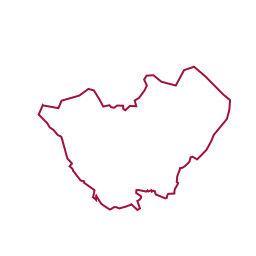 Gharb Bara, North Kordufan, Sudan, rotated 23°
{"feature_id": "16777658B80207598805247", "entity_name": "Gharb Bara", "entity_type": "district", "adm_level": 2, "iso_a3": "SDN", "parent_name": "Sudan", "parent_adm1": "North Kordufan", "projection": "albers", "projection_center": [29.57, 13.951], "detail": "fine", "context": "isolated", "style": "outline", "palette": "rose", "viewbox_px": 256, "rotation_deg": 23, "n_neighbors": 0, "source": "geoboundaries", "source_scale": "gbopen_adm2", "svg_char_len": 2001}
<svg xmlns="http://www.w3.org/2000/svg" viewBox="0 0 256 256"><g transform="rotate(23 128 128)"><path d="M122.9,205.1L122.8,205.3L124.0,205.7L124.5,205.8L125.6,206.2L126.6,206.6L126.5,206.4L125.2,202.8L125.2,202.7L126.5,203.7L133.0,208.3L143.1,210.2L144.2,209.1L146.1,206.3L148.3,205.4L151.5,205.4L154.8,202.7L156.5,201.4L160.3,197.8L160.9,196.9L167.7,199.4L168.6,199.8L170.4,197.4L165.1,191.5L166.7,189.4L167.3,187.1L166.4,185.6L161.0,184.7L160.0,182.0L160.0,181.9L161.9,181.0L169.6,179.4L170.3,177.9L171.5,178.5L173.8,176.2L174.8,177.2L175.6,175.9L177.3,175.7L179.5,178.3L189.8,178.2L191.0,177.1L190.5,174.9L190.5,174.7L190.7,172.9L196.3,170.2L195.6,168.7L195.0,165.7L195.7,160.8L195.6,159.0L194.0,158.7L192.2,153.1L191.9,145.7L191.5,144.7L193.6,143.4L195.2,141.1L196.8,137.6L197.7,135.0L197.1,130.5L198.6,129.2L203.9,129.9L206.0,124.7L208.8,117.4L209.8,107.1L209.6,101.0L215.5,81.1L214.3,72.2L214.1,71.5L211.1,62.5L202.2,59.8L193.0,56.0L178.5,50.1L164.8,45.8L157.0,52.9L155.4,70.2L140.7,72.4L130.8,69.5L124.7,72.5L123.9,77.1L128.7,81.5L128.6,86.6L126.4,96.0L123.4,100.1L127.1,104.7L121.1,107.0L119.7,110.2L118.5,112.8L116.1,112.2L114.8,109.4L109.4,111.5L107.3,114.8L104.4,115.4L102.0,114.3L96.8,117.9L91.4,113.5L81.9,106.7L76.3,107.5L70.5,117.2L56.2,128.8L56.2,136.9L41.0,140.4L40.6,140.2L40.6,140.4L40.6,144.1L40.6,147.2L40.5,150.5L50.0,154.4L50.3,154.5L50.6,154.6L51.6,155.0L55.6,158.0L59.3,158.7L60.0,158.8L64.7,161.2L66.0,161.9L70.0,162.1L72.6,165.2L76.0,169.5L77.1,170.9L77.4,171.2L78.8,173.0L80.0,174.6L81.9,177.0L82.7,177.9L83.4,178.8L84.1,179.7L84.4,179.9L85.1,180.2L85.9,180.6L86.6,180.8L87.2,181.1L87.9,181.5L89.5,182.2L89.6,182.3L90.3,182.7L89.9,183.9L89.6,184.9L89.2,186.0L90.0,186.3L90.9,186.6L91.0,186.7L92.3,187.1L93.1,187.6L93.9,188.3L94.0,188.7L94.5,189.0L97.1,190.4L97.6,190.8L100.7,192.5L102.2,193.3L104.5,194.6L106.0,194.9L107.1,194.3L108.2,194.3L108.3,194.3L108.7,195.5L113.7,196.6L121.4,198.3L122.9,205.0L122.9,205.1Z" fill="none" stroke="#9f1239" stroke-width="2"/></g></svg>